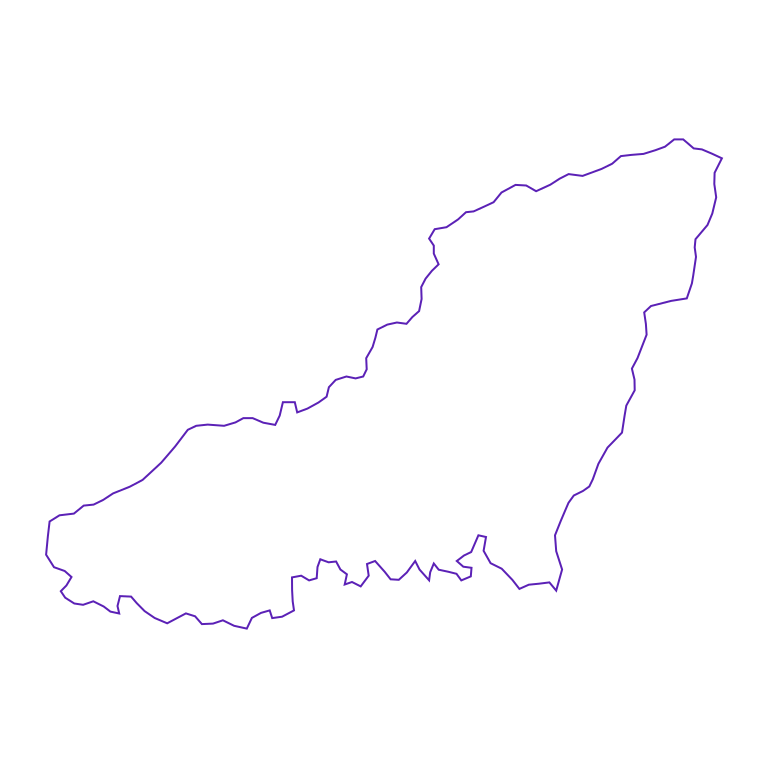 Gavião Peixoto, São Paulo, Brazil
{"feature_id": "56859067B58111401621977", "entity_name": "Gavião Peixoto", "entity_type": "district", "adm_level": 2, "iso_a3": "BRA", "parent_name": "Brazil", "parent_adm1": "São Paulo", "projection": "albers", "projection_center": [-48.456, -21.78], "detail": "fine", "context": "isolated", "style": "outline", "palette": "violet", "viewbox_px": 768, "rotation_deg": 0, "n_neighbors": 0, "source": "geoboundaries", "source_scale": "gbopen_adm2", "svg_char_len": 2475}
<svg xmlns="http://www.w3.org/2000/svg" viewBox="0 0 768 768"><path d="M721.9,158.3L711.8,153.6L701.9,149.4L693.7,148.4L683.2,139.4L674.2,139.4L665.0,146.7L655.4,150.2L643.5,153.9L631.3,154.9L620.9,156.1L612.2,163.7L601.6,168.9L582.6,175.9L568.6,174.1L559.6,178.7L550.3,184.7L536.1,191.2L526.2,185.5L515.5,184.9L501.5,192.5L493.6,202.2L482.0,207.6L473.6,211.4L466.0,212.2L458.1,219.4L446.5,227.2L434.7,229.2L429.1,238.6L433.8,245.6L433.8,253.6L438.6,264.3L431.9,270.8L425.6,278.6L421.2,287.1L421.6,299.0L419.1,311.1L412.4,317.0L406.5,323.8L396.9,322.5L387.3,324.6L377.4,329.5L375.4,337.7L372.6,347.0L366.2,358.2L366.7,369.3L363.2,376.5L355.6,378.4L346.4,376.5L335.7,379.9L328.9,387.2L326.6,396.7L318.5,402.5L307.4,408.6L297.2,412.4L294.8,402.2L282.9,402.2L279.7,415.6L275.2,424.9L263.3,422.7L252.6,418.1L243.4,418.1L235.5,422.4L224.1,425.8L207.7,424.6L196.2,425.8L187.8,429.8L175.1,446.5L161.2,462.7L142.6,479.9L129.8,486.7L113.1,493.4L103.2,499.9L93.6,504.6L83.7,505.6L73.9,513.6L59.5,515.3L49.6,521.5L47.9,536.0L46.1,554.7L54.0,567.2L64.7,571.0L71.5,577.0L66.4,585.5L60.8,591.2L65.2,597.7L74.3,603.5L83.1,604.8L93.3,601.3L103.7,606.5L110.4,611.6L119.2,613.5L117.5,606.0L120.0,596.1L131.1,596.6L136.7,603.1L144.6,611.1L154.7,618.0L167.2,623.3L185.9,613.4L195.1,616.3L201.9,624.1L213.0,623.6L222.9,620.3L234.1,625.8L246.8,628.6L251.9,617.9L261.0,612.9L269.7,610.4L272.2,618.1L282.1,616.7L294.0,610.4L292.7,601.4L292.1,590.2L292.0,577.4L301.2,575.7L309.1,580.4L316.7,578.2L317.5,567.0L320.3,559.3L328.6,562.3L336.1,561.5L340.4,569.5L346.9,574.3L344.7,584.5L352.0,582.0L360.7,586.4L368.7,575.7L367.0,564.0L375.1,561.0L384.7,571.8L390.6,579.3L398.8,579.8L406.8,572.5L415.2,561.0L419.5,569.5L429.1,580.3L430.2,572.2L433.8,563.5L438.7,569.7L448.5,571.8L456.5,573.8L461.3,580.4L470.8,576.4L471.5,567.8L463.3,566.7L456.8,561.0L464.0,555.5L471.2,552.0L474.3,544.8L478.4,535.3L486.0,537.0L483.6,550.8L490.6,563.2L501.7,568.7L512.4,579.9L519.4,588.9L528.8,584.7L539.0,583.7L549.4,582.4L556.2,590.6L562.1,569.5L556.2,551.2L555.0,535.3L560.6,521.3L565.1,510.7L568.5,502.8L573.8,495.5L582.9,491.0L589.3,486.5L592.8,479.3L598.4,463.8L607.5,447.6L622.0,432.6L624.6,415.6L626.3,405.6L634.7,390.3L634.5,379.6L631.9,368.6L637.5,358.1L646.6,334.7L645.9,324.0L644.2,312.4L651.0,306.0L671.1,300.9L686.8,298.4L691.9,283.4L693.2,275.7L696.0,256.9L694.7,247.4L695.5,239.2L707.5,225.0L712.3,213.5L716.2,197.3L714.3,184.0L714.6,172.8L721.9,158.3Z" fill="none" stroke="#5b21b6" stroke-width="2"/></svg>